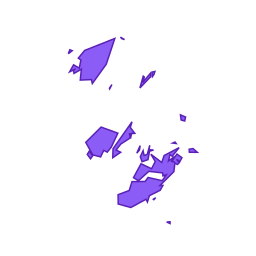 the district of Raja Ampat, Papua Barat, Indonesia, rotated 133°
{"feature_id": "22746128B90221566890304", "entity_name": "Raja Ampat", "entity_type": "district", "adm_level": 2, "iso_a3": "IDN", "parent_name": "Indonesia", "parent_adm1": "Papua Barat", "projection": "albers", "projection_center": [130.461, -0.827], "detail": "medium", "context": "isolated", "style": "filled", "palette": "violet", "viewbox_px": 256, "rotation_deg": 133, "n_neighbors": 0, "source": "geoboundaries", "source_scale": "gbopen_adm2", "svg_char_len": 1889}
<svg xmlns="http://www.w3.org/2000/svg" viewBox="0 0 256 256"><g transform="rotate(133 128 128)"><path d="M139.2,69.8L136.2,68.1L143.2,67.1L150.5,79.6L155.4,79.0L164.5,88.5L172.9,84.5L183.5,89.8L190.3,83.3L184.2,71.7L167.8,66.2L168.9,63.3L162.9,66.2L151.6,62.0L146.2,63.3L148.3,65.4L128.6,64.7L121.6,69.8L121.0,67.0L118.4,66.9L117.8,71.2L117.1,67.2L112.9,68.3L113.7,74.4L122.2,73.3L121.2,70.8L122.7,73.5L119.1,74.9L124.5,75.9L118.9,79.1L118.4,76.4L107.5,77.2L123.5,82.8L130.2,79.8L131.6,93.4L133.9,85.2L141.7,83.0L145.3,94.1L160.6,90.1L159.4,84.4L145.5,83.2L137.2,72.0L139.2,69.8ZM119.8,184.4L96.2,187.4L71.5,198.7L100.8,212.6L110.8,212.0L110.4,208.8L117.4,204.5L118.9,210.9L126.7,209.0L120.3,206.6L123.2,207.2L124.9,204.7L116.8,202.2L125.5,195.6L117.6,187.8L119.8,184.4ZM167.3,149.1L171.7,135.5L167.8,128.3L160.9,130.5L159.8,126.7L153.3,127.2L138.7,131.9L145.7,148.3L167.3,149.1ZM160.1,118.9L150.7,116.8L152.2,121.7L144.6,122.3L133.8,119.6L131.2,123.0L127.3,119.4L126.0,126.7L120.7,129.3L153.4,124.8L160.1,118.9ZM137.5,91.8L130.3,96.4L126.7,94.3L129.5,97.8L125.8,100.3L134.2,95.9L137.1,97.5L134.3,101.5L140.6,99.4L143.1,94.7L137.5,91.8ZM90.6,146.6L75.0,146.4L72.7,148.9L84.7,148.3L79.6,150.8L79.7,152.2L90.6,146.6ZM84.2,91.3L80.7,93.4L82.6,98.6L85.9,94.6L84.2,91.3ZM171.6,140.5L175.1,139.8L176.1,134.4L172.3,134.9L171.6,140.5ZM103.9,66.6L98.5,60.7L98.7,66.4L101.8,68.8L103.9,66.6ZM73.7,145.2L71.0,145.6L68.3,146.9L70.8,148.6L73.7,145.2ZM170.4,35.6L169.2,32.1L167.9,33.3L170.4,35.6ZM140.4,104.4L136.3,104.6L132.6,107.1L140.4,104.4ZM108.5,85.0L106.5,82.2L106.2,84.0L108.5,85.0ZM109.5,221.5L110.4,223.9L113.8,222.6L113.8,222.2L109.5,221.5ZM66.9,193.5L65.7,190.8L66.7,195.5L66.9,193.5ZM132.5,119.9L129.6,121.6L131.6,122.1L132.5,119.9ZM160.1,60.2L162.8,60.9L162.8,60.2L160.1,60.2ZM107.2,169.4L111.6,168.7L111.9,168.1L107.2,169.4Z" fill="#8b5cf6" stroke="#5b21b6" stroke-width="1.5"/></g></svg>